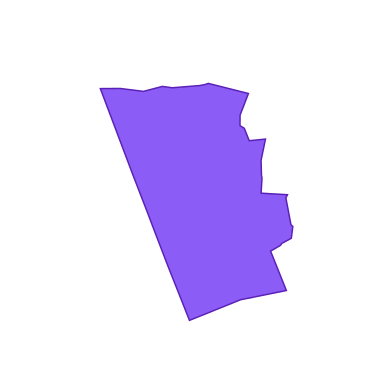 Lehigh, Pennsylvania, United States of America, rotated 29°
{"feature_id": "52423323B14765757601451", "entity_name": "Lehigh", "entity_type": "district", "adm_level": 2, "iso_a3": "USA", "parent_name": "United States of America", "parent_adm1": "Pennsylvania", "projection": "orthographic", "projection_center": [-75.565, 40.603], "detail": "fine", "context": "isolated", "style": "filled", "palette": "violet", "viewbox_px": 384, "rotation_deg": 29, "n_neighbors": 0, "source": "geoboundaries", "source_scale": "gbopen_adm2", "svg_char_len": 608}
<svg xmlns="http://www.w3.org/2000/svg" viewBox="0 0 384 384"><g transform="rotate(29 192 192)"><path d="M124.2,110.4L114.9,114.0L100.8,127.5L78.9,136.3L61.7,146.0L132.5,206.1L162.7,231.3L178.3,244.5L207.4,268.9L230.6,287.9L252.0,305.5L286.7,262.7L322.3,232.4L289.4,205.6L295.2,195.8L295.5,193.3L301.3,184.3L296.9,173.3L294.4,172.6L277.0,151.7L276.8,148.1L269.9,151.4L260.2,156.1L253.0,159.5L246.5,145.9L244.8,143.9L237.1,130.9L230.6,110.1L217.2,119.4L206.8,110.9L201.8,110.7L196.8,101.5L193.6,78.5L153.6,89.1L151.4,91.6L147.2,95.1L124.2,110.4Z" fill="#8b5cf6" stroke="#5b21b6" stroke-width="1.5"/></g></svg>